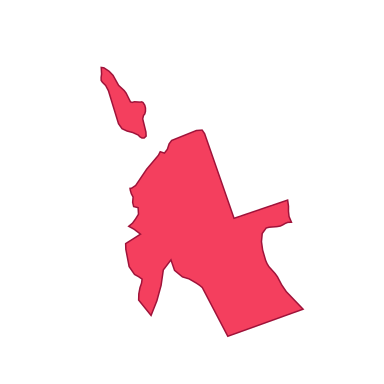 the border of Davao del Norte, rotated 160°
{"feature_id": "PHL-2591", "entity_name": "Davao del Norte", "entity_type": "Province", "adm_level": 1, "iso_a3": "PHL", "parent_name": "Philippines", "parent_adm1": "", "projection": "albers", "projection_center": [125.674, 7.446], "detail": "fine", "context": "isolated", "style": "filled", "palette": "rose", "viewbox_px": 384, "rotation_deg": 160, "n_neighbors": 0, "source": "natural_earth", "source_scale": "10m", "svg_char_len": 1458}
<svg xmlns="http://www.w3.org/2000/svg" viewBox="0 0 384 384"><g transform="rotate(160 192 192)"><path d="M249.0,216.6L247.6,216.2L242.7,217.4L226.7,229.0L211.0,238.0L208.1,240.7L204.6,238.0L200.5,240.6L197.0,245.1L193.5,247.4L166.9,248.3L161.3,246.7L160.2,242.5L161.5,152.9L104.9,151.7L106.2,145.6L108.0,140.7L109.2,135.8L108.9,129.6L112.4,130.7L115.1,130.6L117.7,130.1L120.6,129.8L124.0,130.4L131.5,132.5L134.6,132.8L140.2,129.0L143.7,121.6L145.5,113.2L146.2,102.7L146.0,99.1L145.3,95.6L141.8,86.9L140.7,83.0L139.5,74.0L137.5,66.1L127.7,43.9L207.7,44.2L215.0,98.7L216.8,101.8L219.0,104.8L224.5,111.4L230.0,115.5L235.2,124.3L235.0,135.4L245.6,128.6L253.0,114.8L262.2,101.8L272.7,90.0L279.1,108.7L276.8,114.5L273.6,119.9L270.6,123.6L268.7,127.2L271.2,130.8L274.2,134.2L276.6,143.4L273.8,160.7L272.0,166.2L254.8,170.0L259.4,177.1L263.2,181.4L258.5,183.1L254.1,186.1L249.9,189.4L248.0,195.7L251.8,198.3L251.3,202.6L249.1,207.4L249.6,211.1L249.4,214.6L249.0,216.6ZM238.6,325.6L239.2,327.9L238.2,330.8L236.6,333.8L234.7,340.1L232.3,338.8L228.6,333.8L226.3,328.6L224.5,317.3L221.0,310.4L220.1,307.5L219.0,297.7L217.5,296.6L215.3,296.5L210.0,294.2L208.4,293.9L207.4,292.8L206.7,289.7L207.0,286.8L208.1,283.8L209.7,281.5L211.4,280.5L213.3,277.6L214.8,264.1L216.0,260.2L218.5,259.1L220.6,259.9L222.1,261.7L223.1,264.0L227.4,268.2L232.2,271.5L236.1,275.4L237.7,281.3L235.9,315.7L236.7,321.6L238.6,325.6Z" fill="#f43f5e" stroke="#9f1239" stroke-width="1.5"/></g></svg>